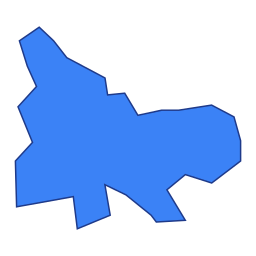 outline of Durbes
{"feature_id": "LVA-5720", "entity_name": "Durbes", "entity_type": "Municipality", "adm_level": 1, "iso_a3": "LVA", "parent_name": "Latvia", "parent_adm1": "", "projection": "natural_earth1", "projection_center": [21.414, 56.63], "detail": "fine", "context": "isolated", "style": "filled", "palette": "blue", "viewbox_px": 256, "rotation_deg": 0, "n_neighbors": 0, "source": "natural_earth", "source_scale": "10m", "svg_char_len": 493}
<svg xmlns="http://www.w3.org/2000/svg" viewBox="0 0 256 256"><path d="M39.2,27.2L53.6,40.8L66.8,57.7L105.0,78.0L107.6,94.9L124.7,93.2L137.9,115.3L161.6,110.2L178.7,110.2L211.6,105.1L234.0,116.9L240.6,140.7L240.6,161.0L211.7,183.0L185.3,174.6L166.9,189.8L185.3,220.3L156.3,222.0L151.1,215.2L126.0,194.9L104.9,184.7L110.2,215.2L77.3,228.8L73.3,196.6L16.6,206.8L15.4,161.0L32.5,142.4L18.0,106.8L36.5,86.5L27.3,66.1L19.4,40.8L39.2,27.2Z" fill="#3b82f6" stroke="#1e3a8a" stroke-width="1.5"/></svg>